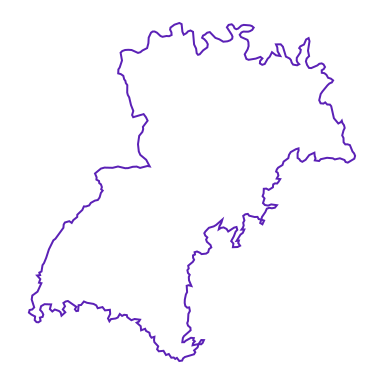 São José dos Ausentes, Rio Grande do Sul, Brazil
{"feature_id": "56859067B10014476741522", "entity_name": "São José dos Ausentes", "entity_type": "district", "adm_level": 2, "iso_a3": "BRA", "parent_name": "Brazil", "parent_adm1": "Rio Grande do Sul", "projection": "robinson", "projection_center": [-49.931, -28.671], "detail": "fine", "context": "isolated", "style": "outline", "palette": "violet", "viewbox_px": 384, "rotation_deg": 0, "n_neighbors": 0, "source": "geoboundaries", "source_scale": "gbopen_adm2", "svg_char_len": 5896}
<svg xmlns="http://www.w3.org/2000/svg" viewBox="0 0 384 384"><path d="M276.0,44.4L277.3,47.4L277.6,51.3L280.3,56.0L276.0,55.3L272.0,52.2L269.7,56.8L267.7,58.7L264.7,64.0L262.2,64.8L259.9,63.4L260.1,61.0L262.4,58.4L260.4,56.9L255.8,58.6L248.6,59.8L246.4,58.9L244.7,54.3L247.6,49.4L248.6,46.1L248.4,42.2L247.5,39.9L241.0,37.0L239.7,34.8L241.4,32.5L243.3,31.6L248.0,31.7L249.9,31.2L252.2,29.9L253.7,27.6L251.8,26.0L249.9,25.4L243.7,24.9L241.4,25.6L238.1,28.6L236.3,29.2L234.6,28.3L233.5,25.9L231.7,24.3L228.6,24.9L226.9,27.3L231.7,34.7L232.5,36.6L232.2,38.7L230.2,40.3L227.5,41.3L223.3,41.7L219.3,39.3L215.4,37.9L209.8,32.1L207.2,32.7L205.0,34.6L203.0,35.6L202.1,37.8L204.3,39.2L206.4,41.5L207.8,44.2L207.3,47.4L203.2,50.3L199.7,54.3L198.0,54.8L196.7,53.2L196.1,48.6L194.1,44.5L193.0,31.8L190.5,30.5L188.0,31.4L186.4,33.2L183.7,34.7L182.4,31.7L181.6,24.1L179.3,23.0L174.4,24.7L170.5,27.6L170.1,29.7L171.4,32.3L171.6,35.0L169.1,36.2L166.5,36.0L162.5,36.8L160.5,36.0L157.0,32.7L154.6,31.5L152.7,31.5L151.0,32.7L148.7,37.6L148.4,43.2L147.1,48.1L142.4,50.5L140.4,52.2L138.0,52.9L131.6,50.0L128.2,49.8L125.1,50.0L122.3,51.0L120.6,52.7L122.0,60.5L119.7,67.5L118.4,69.4L118.2,73.4L120.8,74.1L123.3,75.8L124.2,79.3L125.4,80.9L125.8,83.0L127.3,85.1L127.2,92.5L127.8,94.9L129.2,97.4L131.0,105.1L133.3,110.9L132.1,115.0L133.2,117.2L143.6,114.1L146.0,117.3L147.6,120.7L142.9,126.9L143.2,129.0L142.4,131.9L139.2,135.8L138.0,144.2L138.8,151.5L140.3,154.9L146.2,159.8L149.7,166.4L147.4,166.0L140.1,167.9L136.7,166.6L132.8,166.8L128.1,168.1L125.2,168.2L118.0,166.5L112.7,167.8L104.5,167.6L100.9,168.6L95.0,173.5L96.6,177.3L96.4,179.6L99.0,181.0L99.3,183.2L100.9,184.3L101.9,187.1L101.2,189.3L102.7,190.6L100.9,192.9L99.6,197.5L97.8,200.0L94.9,200.6L90.8,202.9L89.2,205.4L85.9,206.5L83.9,206.4L82.3,210.0L77.3,214.7L77.2,217.0L73.3,220.1L71.7,222.9L69.3,221.2L64.9,222.5L63.7,224.5L63.4,227.8L55.4,238.8L53.4,240.3L48.9,249.4L46.2,257.8L44.0,263.1L42.5,265.2L41.5,271.5L39.3,272.6L40.1,275.1L37.1,275.5L40.3,279.1L39.0,282.7L41.4,283.2L37.5,291.7L32.3,295.5L31.7,299.5L34.2,307.4L32.2,309.5L29.6,310.0L28.9,312.6L31.3,314.5L35.1,316.5L34.7,320.1L36.5,322.1L38.4,322.3L40.6,320.8L39.9,317.6L42.6,316.9L43.3,314.6L42.2,312.2L40.1,309.9L41.1,306.2L44.5,304.2L51.1,304.4L49.9,309.1L52.3,311.5L54.8,309.5L59.0,311.0L60.6,312.4L61.5,315.7L65.3,312.3L62.8,309.4L65.0,306.3L63.4,303.0L65.6,301.5L67.9,301.0L76.3,306.8L74.9,309.3L76.3,311.1L78.1,310.8L78.6,305.2L81.1,305.0L83.9,301.5L87.0,302.8L93.5,303.9L96.3,305.4L97.7,308.2L102.5,307.1L105.0,310.4L109.9,309.8L110.2,314.0L108.0,318.4L109.4,321.3L111.0,319.1L115.6,318.5L117.8,317.5L119.8,314.0L122.1,315.9L124.1,314.8L126.8,315.1L127.3,317.2L131.4,320.2L134.6,319.0L140.0,319.7L138.9,321.6L136.7,322.7L140.7,326.2L141.1,330.3L145.1,328.8L146.1,331.0L149.4,332.7L150.0,335.6L151.5,337.7L154.4,336.8L154.0,340.0L154.4,342.2L158.2,346.3L157.1,349.3L158.8,351.3L163.5,350.8L166.0,355.0L168.8,354.0L171.3,357.7L173.7,357.5L175.2,358.9L176.9,357.9L179.3,361.0L182.1,360.6L183.1,358.4L184.9,357.0L194.0,354.3L195.3,352.2L194.1,350.4L197.6,347.4L198.6,344.0L192.6,345.3L193.1,343.2L194.8,341.3L193.2,340.1L193.8,338.1L191.0,337.8L185.6,340.8L184.2,342.2L182.3,342.2L182.9,338.0L183.9,336.2L190.6,330.3L190.4,327.7L188.0,325.6L187.2,323.1L188.0,321.0L188.4,313.9L189.9,311.0L189.2,307.4L187.2,307.7L185.3,305.9L184.7,303.0L184.8,299.7L185.9,294.4L187.1,292.1L186.7,285.8L188.5,285.2L191.4,286.0L189.0,280.3L188.8,277.0L189.7,274.8L188.0,273.0L187.4,270.2L188.7,268.5L188.2,265.7L192.8,261.9L194.1,259.8L193.1,257.8L193.0,255.4L195.0,254.5L194.6,252.2L197.0,251.5L199.8,252.7L201.6,254.1L206.1,253.6L208.2,252.2L209.0,249.1L211.3,247.4L210.5,245.0L206.9,241.8L206.1,239.6L207.3,237.4L205.3,235.6L204.3,233.2L205.4,231.5L208.9,227.8L213.7,226.4L216.1,225.0L222.3,219.6L221.3,223.0L219.5,226.2L218.8,229.3L221.0,227.9L223.6,227.4L226.6,229.0L228.2,231.5L234.1,227.6L236.5,227.0L237.3,229.8L235.6,231.7L233.8,236.4L231.2,241.1L233.4,243.5L232.9,247.2L237.6,247.0L240.1,245.7L238.2,243.0L238.9,240.6L236.6,240.9L240.5,234.6L242.8,232.9L244.3,229.5L241.5,229.6L242.9,227.7L243.7,225.4L243.2,222.8L244.4,220.4L243.2,215.9L245.3,214.3L247.8,213.9L249.2,215.7L254.6,217.0L257.5,216.9L258.7,219.1L261.3,219.6L262.0,216.9L265.3,212.1L266.8,208.7L269.3,207.8L271.9,208.3L274.9,207.7L276.9,205.2L271.2,204.4L268.1,205.6L264.9,205.0L263.0,203.1L264.5,198.4L262.6,196.2L263.6,193.4L263.8,188.8L266.3,188.6L268.7,189.9L272.9,187.3L273.2,184.4L274.9,183.4L277.1,183.5L278.4,182.0L280.2,179.1L276.7,178.6L278.4,175.5L277.7,172.7L276.1,171.6L276.8,169.5L278.1,167.7L282.5,165.0L283.6,161.6L288.3,158.2L289.0,154.9L290.7,152.1L295.9,149.2L298.5,148.4L298.6,150.5L297.6,153.2L297.6,158.0L299.3,159.1L300.4,160.8L302.3,161.8L305.6,159.8L309.2,155.1L314.4,152.7L314.7,155.9L315.5,158.3L314.8,160.4L319.1,161.0L320.7,159.2L327.0,157.8L332.8,158.3L334.8,159.4L339.9,158.3L344.5,160.0L345.6,162.0L347.8,162.6L354.3,158.7L355.1,155.9L354.1,153.4L352.5,151.5L349.9,145.1L347.5,144.3L345.3,144.4L343.6,142.3L343.5,138.0L342.2,135.4L343.5,130.5L344.7,128.0L344.0,125.2L342.4,122.9L341.8,120.7L340.7,122.2L338.3,123.5L333.9,118.2L331.2,106.2L329.9,104.6L327.2,104.5L325.2,102.4L323.4,103.6L320.6,103.3L319.2,100.2L320.7,94.0L322.5,91.4L327.5,85.3L329.4,83.5L331.9,82.4L333.1,80.4L330.8,78.6L328.1,77.8L326.4,74.8L324.4,73.2L321.8,72.8L321.7,70.3L323.7,69.1L325.0,67.0L323.5,64.4L321.7,63.4L319.3,63.8L317.4,65.4L311.2,68.1L309.0,67.9L307.1,65.0L305.9,61.4L306.7,58.5L309.1,56.1L308.0,50.7L309.5,41.2L308.6,38.1L306.1,39.5L304.0,44.5L300.3,46.4L299.2,48.1L300.8,49.7L300.3,52.6L296.8,57.8L296.7,60.7L297.6,62.6L299.2,64.2L297.1,65.3L293.1,64.6L291.7,62.6L290.9,60.0L289.6,58.5L285.9,56.6L282.9,46.7L280.7,44.3L276.0,44.4ZM198.6,344.0L201.1,344.3L202.6,343.0L203.9,340.1L201.3,340.0L198.6,344.0ZM261.3,219.6L260.2,223.0L262.4,224.3L264.1,220.6L261.3,219.6Z" fill="none" stroke="#5b21b6" stroke-width="2"/></svg>